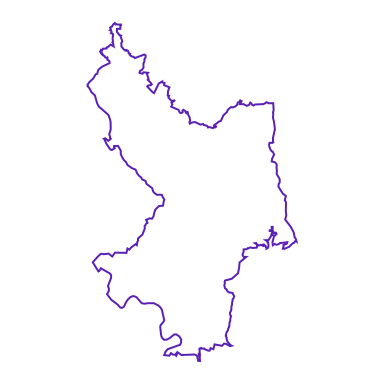 outline of Caseiu, Cluj, Romania
{"feature_id": "2599482B80732485367147", "entity_name": "Caseiu", "entity_type": "district", "adm_level": 2, "iso_a3": "ROU", "parent_name": "Romania", "parent_adm1": "Cluj", "projection": "mercator", "projection_center": [23.866, 47.234], "detail": "fine", "context": "isolated", "style": "outline", "palette": "violet", "viewbox_px": 384, "rotation_deg": 0, "n_neighbors": 0, "source": "geoboundaries", "source_scale": "gbopen_adm2", "svg_char_len": 5989}
<svg xmlns="http://www.w3.org/2000/svg" viewBox="0 0 384 384"><path d="M296.5,241.5L295.8,238.8L294.6,237.2L293.8,232.7L290.9,227.0L285.2,219.6L286.3,215.3L285.8,211.3L286.0,202.2L284.8,200.2L285.9,196.0L282.8,193.6L278.4,186.6L278.7,184.0L279.7,182.4L279.7,179.9L279.4,178.5L276.6,173.9L276.9,171.3L276.5,167.0L276.8,165.4L276.4,163.9L274.8,162.2L271.7,161.5L272.1,158.7L274.1,154.6L272.8,151.7L271.8,151.4L270.4,149.5L269.3,146.6L269.1,144.5L269.5,142.9L272.6,142.9L273.2,142.3L272.7,142.0L273.0,141.4L273.0,137.8L274.9,129.2L274.0,121.8L272.9,117.4L273.3,114.5L273.0,112.3L273.5,111.0L273.6,109.3L273.2,103.2L268.8,103.3L266.7,102.2L263.6,104.1L255.1,104.5L253.5,105.5L252.1,104.8L251.3,103.3L250.3,102.6L249.1,104.9L246.8,105.8L243.4,104.1L240.0,104.1L241.6,101.1L240.2,100.4L238.9,102.4L237.8,102.5L237.2,104.7L235.3,106.5L232.3,107.5L231.1,107.0L229.1,108.6L227.6,110.2L226.9,112.1L223.5,115.2L220.8,121.0L219.2,121.4L213.2,126.0L214.1,125.7L216.0,126.3L216.1,126.7L215.3,127.4L213.7,127.4L213.0,128.1L208.6,126.9L208.0,127.4L206.9,125.7L203.8,125.0L203.1,124.0L200.3,124.6L195.2,122.1L192.4,122.4L189.8,123.6L189.4,122.0L190.2,120.5L189.5,117.3L188.2,114.7L187.6,112.0L186.6,112.2L186.7,113.3L186.4,113.2L185.7,112.5L185.7,111.4L183.5,109.8L182.5,110.5L182.6,112.3L181.7,112.9L180.4,113.0L179.4,112.0L178.6,109.9L171.2,106.7L172.3,104.4L171.5,102.8L175.1,100.2L171.6,101.0L168.4,97.6L169.0,95.8L167.8,95.5L168.0,91.3L169.4,87.3L164.1,85.1L164.5,82.9L161.5,82.3L161.7,81.8L158.8,83.4L154.1,93.1L152.7,92.3L147.2,86.5L147.9,85.6L151.1,85.0L152.4,83.8L151.5,84.3L151.0,83.1L147.8,79.9L148.6,79.3L147.0,74.1L148.0,72.8L143.5,72.3L142.6,73.7L139.6,73.0L139.4,72.6L140.1,70.8L141.9,69.9L143.5,67.7L143.4,63.7L144.4,61.3L144.5,59.0L145.6,57.4L145.6,55.4L144.3,54.5L134.8,58.1L133.8,56.8L132.1,56.6L130.3,55.5L129.7,54.7L130.1,53.7L128.7,53.3L128.4,51.5L127.7,50.6L126.5,50.1L126.3,50.7L125.3,50.6L125.1,50.0L124.0,49.6L121.4,46.5L121.5,44.6L121.2,43.3L122.3,41.2L120.4,36.0L120.9,35.5L119.5,35.1L117.0,31.9L116.9,29.6L117.0,28.9L120.3,28.9L120.4,25.6L121.0,25.3L120.9,24.5L118.1,24.6L116.1,24.1L115.5,24.4L114.8,23.0L113.3,24.3L112.1,26.5L110.1,27.6L110.9,29.6L110.1,30.2L111.0,30.6L111.6,32.0L111.0,33.2L112.8,33.9L113.1,34.5L112.6,38.7L113.0,41.7L112.4,42.2L113.2,43.5L113.5,44.9L113.1,45.6L113.4,46.2L110.5,44.6L107.6,47.3L106.9,47.3L106.5,48.5L102.9,48.7L102.2,50.3L101.0,49.8L99.7,52.5L100.3,51.6L101.5,54.0L103.0,55.2L101.5,53.3L101.9,52.9L103.3,55.5L104.7,56.2L105.2,57.4L106.3,57.8L107.3,57.4L107.6,58.5L107.3,59.7L109.5,61.2L109.6,63.1L102.4,66.5L98.7,69.4L98.0,70.7L97.2,73.8L95.7,74.3L93.2,78.5L89.2,82.3L87.5,84.9L87.8,85.3L87.6,86.2L89.5,88.3L91.3,92.0L94.9,95.4L97.1,103.2L98.8,106.5L108.5,115.0L110.1,119.7L110.6,122.1L110.7,129.5L109.2,134.5L110.1,136.6L109.9,137.5L110.8,138.8L108.3,140.8L105.2,138.3L103.9,138.8L104.5,139.4L106.3,143.6L110.3,149.5L111.9,150.0L115.4,147.8L114.1,147.9L114.0,146.1L118.0,145.9L120.8,150.7L120.7,154.0L122.4,157.7L123.7,159.8L126.1,162.2L127.5,165.0L131.9,168.1L135.1,169.4L136.1,170.5L136.9,173.0L138.9,175.7L141.3,177.6L142.0,179.3L145.6,181.0L146.5,183.9L152.2,188.2L153.2,191.5L154.4,193.0L156.7,194.7L161.8,194.8L162.8,197.2L164.4,199.6L163.8,201.0L163.0,205.7L159.0,206.0L155.5,209.4L154.4,212.2L153.5,216.4L151.9,218.8L149.9,218.3L146.1,219.8L147.5,222.8L146.3,223.5L144.6,226.3L144.8,228.5L142.4,234.6L138.0,238.5L138.0,240.7L137.3,241.9L136.8,245.1L135.7,244.1L131.1,247.5L129.4,249.7L127.5,248.5L126.4,252.9L115.0,252.6L112.2,256.5L108.6,253.6L103.7,254.2L100.9,253.8L97.8,256.6L92.8,262.3L98.4,271.4L99.3,270.9L100.9,268.3L109.6,273.3L110.8,274.4L111.2,276.3L111.0,278.1L108.0,286.0L108.9,288.8L108.8,291.0L107.0,294.1L111.3,299.8L117.4,304.4L120.2,307.5L121.8,307.9L123.9,306.7L126.1,302.1L128.0,299.3L130.6,297.0L132.9,296.1L135.0,296.5L136.6,297.3L141.7,303.2L144.4,303.7L147.9,303.2L153.8,303.2L158.2,305.4L160.2,307.2L161.9,309.8L164.2,320.0L163.5,321.8L160.6,325.2L160.2,326.7L161.1,335.1L162.0,337.9L164.2,339.8L166.8,339.6L169.6,338.2L174.0,334.6L176.1,334.3L179.3,336.4L181.2,339.5L181.1,342.5L180.2,344.7L167.7,349.2L165.6,351.6L164.2,355.1L169.4,355.7L171.0,353.1L172.9,354.6L175.2,354.7L176.2,355.8L177.0,354.0L176.2,353.5L177.3,352.1L181.4,355.0L194.7,354.5L195.9,355.0L197.2,356.3L198.2,360.9L200.0,361.0L199.6,355.5L198.8,355.6L198.8,354.1L199.9,354.7L199.4,348.6L201.0,348.0L201.1,348.6L204.1,348.5L204.1,348.9L208.4,350.7L209.7,350.6L210.6,348.2L213.4,349.2L214.6,344.4L222.0,345.8L224.1,343.6L225.8,343.9L230.2,346.1L231.7,345.7L230.2,344.9L227.4,341.6L226.6,338.9L226.7,337.7L225.9,336.2L226.2,335.7L225.8,335.2L226.7,332.0L227.7,330.8L228.1,328.9L228.9,327.4L228.8,326.8L229.4,325.9L229.5,322.5L230.2,321.2L230.4,318.1L231.1,316.1L230.1,314.8L230.0,312.6L231.2,310.5L231.5,306.2L232.1,304.2L232.0,302.7L232.5,301.4L232.6,299.3L233.4,298.5L234.2,296.3L232.4,292.9L228.7,292.3L227.1,290.8L226.6,289.4L225.0,288.3L224.3,285.2L224.9,283.4L224.6,281.8L225.1,280.5L231.7,278.8L238.0,273.3L239.1,267.7L239.6,262.4L246.2,256.9L243.5,256.8L242.6,255.1L242.6,254.1L243.6,252.3L243.6,249.4L246.6,249.2L247.9,248.1L248.2,248.4L250.4,247.4L252.7,248.0L256.8,247.6L257.2,245.6L256.2,243.9L255.0,243.2L256.1,243.0L257.7,245.4L258.0,245.0L259.0,245.5L260.7,244.9L261.4,245.2L262.9,244.6L263.2,246.0L263.9,245.8L263.6,244.0L265.0,245.9L265.6,246.0L265.9,247.5L267.3,247.6L267.0,248.4L267.8,248.0L267.8,247.4L268.3,247.0L268.5,245.9L268.1,242.6L267.4,242.0L267.6,241.7L265.6,240.2L268.5,240.1L271.3,235.7L271.4,234.7L272.9,235.2L272.7,233.7L271.9,232.9L272.2,232.0L272.0,231.0L269.7,231.0L269.6,230.4L272.4,229.5L271.8,228.4L271.6,226.9L272.0,226.8L272.7,226.9L272.6,232.1L273.1,231.4L274.6,233.1L276.7,232.5L275.9,233.2L276.5,234.0L274.1,236.3L272.9,240.2L272.4,242.5L272.9,245.2L274.5,243.9L276.4,244.8L278.6,244.2L279.9,243.1L287.3,242.2L286.9,243.6L283.4,245.1L283.6,246.5L282.8,248.7L284.5,248.8L289.3,246.7L292.6,243.3L294.3,242.7L294.8,241.4L296.0,241.1L296.5,241.5Z" fill="none" stroke="#5b21b6" stroke-width="2"/></svg>